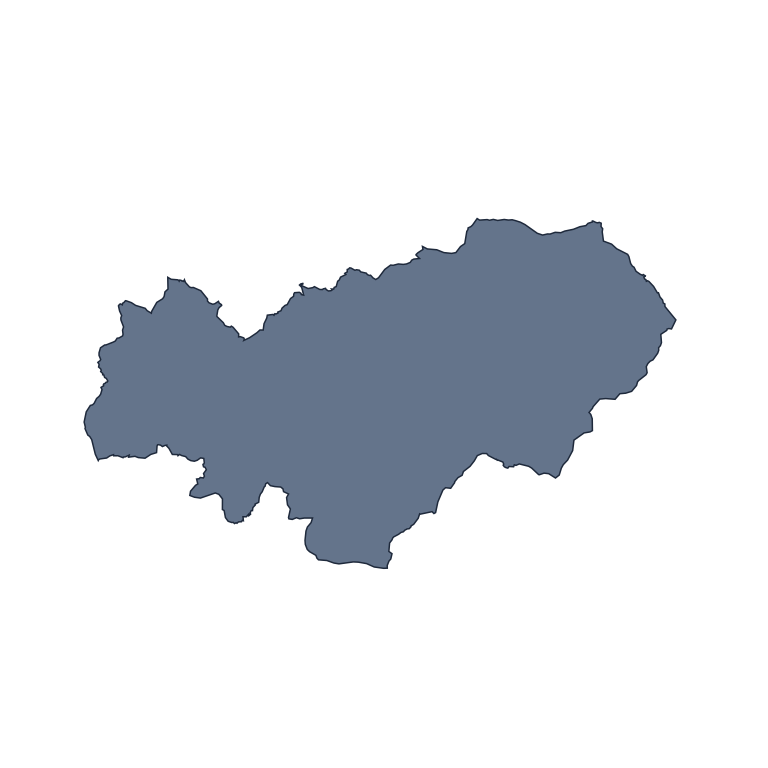 Batani, Covasna, Romania, rotated 70°
{"feature_id": "2599482B35119145322325", "entity_name": "Batani", "entity_type": "district", "adm_level": 2, "iso_a3": "ROU", "parent_name": "Romania", "parent_adm1": "Covasna", "projection": "orthographic", "projection_center": [25.726, 46.103], "detail": "fine", "context": "isolated", "style": "filled", "palette": "slate", "viewbox_px": 768, "rotation_deg": 70, "n_neighbors": 0, "source": "geoboundaries", "source_scale": "gbopen_adm2", "svg_char_len": 6157}
<svg xmlns="http://www.w3.org/2000/svg" viewBox="0 0 768 768"><g transform="rotate(70 384 384)"><path d="M364.0,654.4L363.5,653.9L364.0,652.0L363.7,647.8L365.4,649.0L366.8,642.7L369.1,640.1L372.0,633.9L370.4,627.2L370.7,621.2L364.7,618.5L363.7,617.6L363.8,616.9L365.0,614.9L367.0,613.6L366.8,610.7L367.2,609.0L367.9,609.4L370.9,608.1L377.8,607.0L379.8,602.0L380.9,602.1L380.3,600.1L381.9,598.8L384.4,595.2L387.5,594.0L389.9,591.8L391.7,588.6L391.8,585.6L390.7,581.6L392.3,578.8L396.5,579.8L397.4,580.5L397.6,581.6L398.7,581.8L400.1,581.9L401.1,580.6L403.8,580.3L406.4,584.2L409.2,584.3L410.5,585.9L409.0,588.6L409.8,590.1L409.2,592.6L414.3,593.2L414.7,595.7L418.6,602.5L422.3,604.6L425.6,600.8L428.4,595.5L428.7,579.8L431.2,576.9L436.7,575.1L446.7,578.8L448.2,577.5L455.3,578.7L459.7,577.4L462.1,574.4L462.5,572.9L464.0,572.3L463.8,570.4L464.6,569.8L463.8,567.9L464.7,565.0L463.7,563.8L464.4,562.9L460.5,561.9L461.7,558.8L460.0,555.6L461.5,556.0L460.7,553.9L459.4,553.8L457.8,552.4L457.6,551.7L458.0,550.9L455.3,549.5L453.7,546.4L452.8,546.3L452.3,542.2L447.8,540.0L445.2,537.8L443.6,535.3L439.7,531.7L439.5,530.8L437.3,529.3L436.8,527.2L440.7,525.5L443.1,521.6L445.5,516.3L448.0,514.8L450.8,515.2L454.7,511.3L457.4,514.4L464.5,516.0L469.4,514.7L476.8,519.4L478.2,519.5L479.9,516.5L479.7,512.0L481.8,509.4L482.7,504.7L485.5,497.0L489.3,499.9L492.2,504.9L495.5,507.6L503.9,511.7L507.8,512.8L513.2,512.7L516.1,511.3L521.7,506.6L524.7,506.6L526.8,505.7L530.3,498.1L535.1,492.3L537.6,487.9L540.7,473.7L542.6,469.1L546.8,461.8L552.6,455.8L557.1,447.3L558.2,443.9L555.6,443.0L552.1,439.9L550.8,437.5L546.2,434.5L543.0,436.7L535.3,433.1L533.2,429.8L531.7,428.5L531.0,427.2L530.2,421.6L529.3,418.8L529.5,416.3L528.5,414.5L528.1,411.8L528.6,409.8L527.4,407.5L526.6,407.1L526.0,404.1L521.9,397.8L518.2,394.9L518.7,394.5L520.4,382.5L522.8,381.4L522.5,379.5L513.2,373.7L503.8,364.9L502.5,361.6L504.8,357.0L500.9,351.4L500.0,351.0L497.3,346.5L496.5,341.8L493.4,339.3L490.8,331.3L487.1,325.4L483.2,320.8L482.9,315.4L484.5,311.3L486.9,310.4L493.0,304.8L493.2,304.0L494.4,303.7L494.4,303.0L498.0,299.0L500.2,298.9L501.1,299.8L503.0,299.2L504.4,297.9L505.4,296.4L504.3,294.7L506.1,290.5L504.5,289.2L505.6,287.8L505.4,284.2L510.8,276.2L513.5,274.0L522.0,269.7L522.4,269.0L522.5,264.1L524.6,259.9L531.0,255.0L529.5,250.5L523.7,246.1L521.1,243.1L518.3,237.5L511.1,229.5L501.7,224.7L498.4,212.7L499.5,206.8L499.1,204.1L487.9,200.2L483.3,200.1L480.9,201.1L478.2,196.5L476.8,195.2L472.0,186.4L473.5,180.7L477.4,172.1L473.8,165.7L475.3,160.0L475.6,153.8L471.8,147.2L468.7,145.0L467.8,143.4L464.9,134.6L463.4,132.9L457.4,131.6L455.0,129.0L453.6,126.1L453.3,123.0L448.7,116.3L446.3,114.3L443.8,113.5L442.5,111.1L440.0,109.1L432.0,106.9L430.3,99.9L429.2,99.2L429.3,97.4L430.6,95.0L423.6,87.8L407.3,93.5L404.8,92.7L403.5,93.9L400.4,93.5L396.6,94.9L392.1,94.9L391.9,95.9L384.5,97.3L378.2,100.0L377.1,101.1L377.2,102.3L375.4,102.2L374.4,103.2L372.2,103.3L372.2,101.7L371.8,101.4L369.8,103.0L370.2,103.9L368.5,105.7L364.3,108.6L359.8,109.1L358.2,110.3L355.1,111.0L348.0,110.3L345.5,110.7L336.5,119.1L330.4,122.3L324.8,128.9L315.7,126.9L312.9,125.4L310.3,126.2L307.2,124.9L305.7,126.5L305.7,128.0L304.7,129.6L302.2,132.0L302.1,132.5L303.0,132.8L302.8,137.3L304.2,140.1L303.2,146.1L303.4,153.1L302.1,161.9L302.3,166.1L300.0,171.3L299.9,176.6L298.9,179.1L298.3,184.0L294.8,188.4L282.4,197.0L278.6,200.5L275.5,204.5L273.5,207.4L272.5,211.0L270.5,214.8L269.2,221.2L266.7,225.0L266.2,228.9L264.8,230.8L262.7,238.1L260.4,239.9L264.9,246.4L265.8,248.5L266.1,251.6L267.6,252.3L268.9,254.0L279.7,260.1L281.0,265.1L285.1,271.5L284.4,275.8L281.0,282.8L275.9,288.5L271.9,297.1L267.9,300.8L270.9,301.4L272.2,307.1L273.3,309.6L273.8,309.8L278.2,307.7L276.8,313.3L277.1,315.6L278.7,317.7L278.9,321.8L278.2,325.0L276.1,329.5L275.6,334.8L274.5,337.1L276.6,344.1L282.3,352.8L283.0,356.0L280.6,358.0L277.2,359.4L276.9,360.8L275.5,362.2L273.8,362.7L270.7,367.5L268.6,368.3L267.2,370.8L267.2,372.4L263.7,375.4L263.1,376.6L263.8,378.0L263.8,379.4L266.1,380.2L266.6,383.0L268.1,382.4L268.7,388.3L270.9,390.4L271.6,392.4L276.1,395.6L276.2,397.8L277.6,398.8L276.8,400.8L277.8,400.4L278.2,401.8L277.6,404.4L275.4,406.1L274.1,406.2L273.8,408.6L274.2,409.5L273.2,412.0L268.7,416.1L269.1,418.0L268.3,422.7L263.3,427.8L262.5,427.3L262.2,425.9L261.7,425.9L261.5,428.1L262.1,429.6L265.0,428.3L273.0,429.1L271.7,431.1L270.4,431.0L268.9,432.2L267.6,436.8L268.6,438.0L270.7,439.0L271.7,442.6L276.3,447.8L276.3,450.1L277.8,453.8L279.9,455.7L280.1,459.2L281.1,459.4L281.2,461.6L280.6,462.5L281.8,463.9L280.7,464.4L279.4,470.1L281.9,471.6L286.3,476.1L292.0,479.1L290.8,482.1L292.4,486.0L294.5,494.4L295.1,500.8L294.1,499.9L292.7,500.0L290.3,502.9L290.0,504.5L287.2,503.4L279.1,506.4L277.4,507.7L278.0,509.0L276.2,511.9L274.4,513.6L271.5,514.0L263.7,517.8L263.0,517.9L257.5,514.8L255.8,512.8L254.7,509.7L253.8,509.6L251.6,511.2L249.7,511.3L250.7,515.5L250.5,517.6L247.9,520.6L245.7,521.5L243.7,520.8L233.7,524.2L228.1,530.1L227.5,532.2L226.3,533.6L220.8,535.8L217.8,535.9L219.1,537.1L218.3,537.7L218.4,538.5L217.4,539.0L216.5,540.3L217.3,541.3L216.3,541.4L215.4,542.5L212.8,548.2L209.8,550.7L220.9,554.5L222.5,558.3L226.6,560.7L228.2,562.9L229.6,569.6L236.3,577.5L237.9,578.4L234.1,581.5L231.2,582.5L225.2,590.5L221.2,593.5L217.7,597.7L217.3,598.5L218.5,600.6L218.7,602.0L220.1,602.8L218.6,604.3L218.7,605.3L219.7,606.8L225.0,607.5L230.0,607.1L231.9,608.7L233.9,609.3L241.3,609.2L244.0,611.3L248.0,612.2L249.4,613.2L250.1,617.2L249.7,619.1L251.7,621.8L252.0,623.8L252.2,631.8L251.8,633.2L253.0,638.0L257.2,641.1L259.7,642.0L264.0,641.8L264.9,642.7L265.8,645.5L268.2,645.0L270.4,646.4L272.8,645.1L274.4,645.0L275.4,646.0L278.0,644.7L279.1,645.2L279.7,644.2L282.3,644.3L283.8,643.0L286.7,642.5L287.5,643.5L287.3,644.6L288.0,645.8L288.0,647.1L288.6,647.9L289.8,648.1L290.4,651.1L292.8,650.9L296.7,653.8L298.2,656.0L299.3,659.0L303.1,663.1L303.9,665.0L303.7,667.3L308.3,673.3L317.2,678.8L322.5,679.4L323.6,680.2L330.7,679.8L332.6,678.5L336.3,677.7L351.2,679.3L358.2,678.7L357.4,677.8L357.3,676.5L358.7,669.9L357.8,666.3L357.9,662.3L359.0,662.6L360.4,658.6L364.0,654.4Z" fill="#64748b" stroke="#1e293b" stroke-width="1.5"/></g></svg>